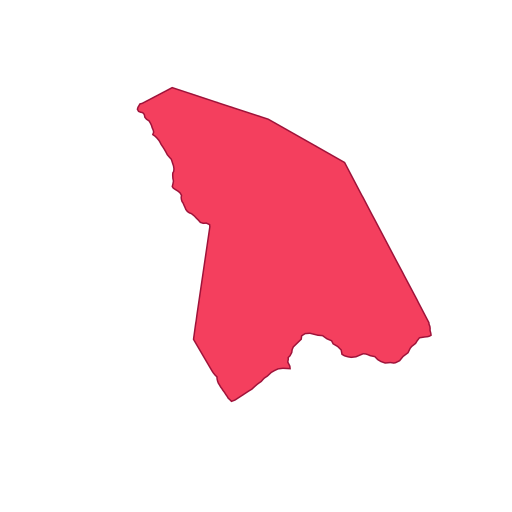 outline of Abaré, Bahia, Brazil, rotated 129°
{"feature_id": "56859067B80599784760755", "entity_name": "Abaré", "entity_type": "district", "adm_level": 2, "iso_a3": "BRA", "parent_name": "Brazil", "parent_adm1": "Bahia", "projection": "mercator", "projection_center": [-39.262, -8.852], "detail": "fine", "context": "isolated", "style": "filled", "palette": "rose", "viewbox_px": 512, "rotation_deg": 129, "n_neighbors": 0, "source": "geoboundaries", "source_scale": "gbopen_adm2", "svg_char_len": 2198}
<svg xmlns="http://www.w3.org/2000/svg" viewBox="0 0 512 512"><g transform="rotate(129 256 256)"><path d="M259.4,92.6L257.9,88.3L254.2,84.5L252.5,81.6L251.1,80.4L247.0,78.5L241.5,78.5L235.5,77.0L230.7,78.1L228.3,78.1L223.5,77.0L220.6,77.4L216.7,77.5L212.7,73.9L210.5,71.7L209.0,70.7L207.4,70.1L206.0,71.6L204.3,73.9L202.5,75.3L201.2,76.7L200.2,78.5L199.0,79.7L189.9,100.7L188.7,103.3L178.1,128.2L176.5,131.8L171.2,144.4L153.0,186.8L150.7,192.3L143.1,209.8L142.4,211.7L127.6,246.0L131.6,270.2L131.9,272.1L142.0,332.6L159.2,377.6L177.9,427.1L209.0,440.5L210.9,441.9L212.6,441.6L214.7,441.3L216.6,440.5L217.5,438.3L216.9,436.2L215.9,434.3L216.3,431.9L218.1,429.7L218.6,427.2L218.3,424.1L219.3,421.4L220.4,419.2L221.6,417.5L222.8,415.2L224.1,413.5L226.6,412.6L226.4,410.1L226.6,407.6L227.3,404.0L227.9,402.4L229.0,399.9L229.9,396.9L230.8,394.3L231.8,391.7L233.1,388.7L233.7,385.5L234.1,382.8L235.2,381.0L236.4,379.2L237.9,376.8L239.9,374.6L242.0,373.2L243.8,372.9L245.5,371.7L248.1,369.3L249.7,367.3L252.3,365.9L254.7,364.8L255.3,363.0L255.1,360.6L254.7,357.7L254.7,354.9L255.7,352.1L257.7,350.9L259.1,349.4L260.2,347.8L260.7,346.1L262.0,343.6L263.0,341.6L264.0,339.8L264.6,337.3L264.4,334.9L263.7,332.8L263.7,331.0L263.7,328.9L264.1,326.3L264.4,323.2L264.9,320.4L263.8,317.6L261.7,315.3L260.8,311.8L262.4,310.2L339.0,264.8L344.2,261.6L346.4,260.4L360.1,252.1L372.9,218.1L373.7,215.6L374.3,212.8L374.5,210.3L376.1,208.8L377.4,207.1L378.5,205.3L379.2,203.2L380.1,200.9L380.5,199.2L381.2,197.2L381.8,194.7L382.6,192.4L383.3,189.9L384.0,188.1L384.1,186.0L384.4,183.6L381.2,181.7L369.7,178.0L365.6,176.7L362.0,175.4L358.3,174.9L354.8,174.3L352.6,173.7L350.2,173.0L347.6,172.9L345.6,172.7L342.1,171.6L336.9,170.9L333.3,169.5L329.8,167.8L326.3,164.4L322.1,158.6L320.3,160.4L318.4,164.6L316.0,165.9L314.6,167.1L312.2,166.8L308.5,167.5L306.0,169.0L303.2,169.8L292.2,168.5L289.3,170.3L285.4,169.0L282.1,165.5L278.6,158.0L276.0,154.2L275.7,148.8L274.3,143.9L275.7,140.8L274.9,135.5L275.4,130.7L278.3,127.3L277.9,124.6L277.2,122.8L276.3,120.8L274.8,118.2L271.4,114.9L264.5,111.2L263.1,109.1L262.3,107.1L261.6,104.6L259.4,100.3L259.9,96.2L259.4,92.6Z" fill="#f43f5e" stroke="#9f1239" stroke-width="1.5"/></g></svg>